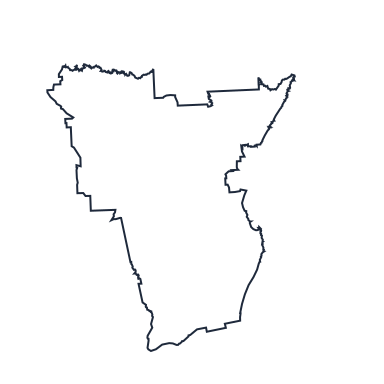 Moyne, Victoria, Australia (orthographic projection), rotated 259°
{"feature_id": "25037944B46844675944162", "entity_name": "Moyne", "entity_type": "district", "adm_level": 2, "iso_a3": "AUS", "parent_name": "Australia", "parent_adm1": "Victoria", "projection": "orthographic", "projection_center": [142.577, -38.188], "detail": "fine", "context": "isolated", "style": "outline", "palette": "slate", "viewbox_px": 384, "rotation_deg": 259, "n_neighbors": 0, "source": "geoboundaries", "source_scale": "gbopen_adm2", "svg_char_len": 6053}
<svg xmlns="http://www.w3.org/2000/svg" viewBox="0 0 384 384"><g transform="rotate(259 192 192)"><path d="M227.4,81.6L222.9,81.6L221.0,80.6L212.7,79.3L211.7,85.1L208.4,86.7L207.6,91.4L192.9,89.1L189.1,113.4L186.7,112.5L185.1,110.8L183.1,110.7L179.7,107.5L180.3,110.0L179.9,111.9L180.4,117.2L180.8,117.4L134.9,118.2L134.9,119.0L132.8,118.7L132.4,119.1L130.2,119.6L129.1,119.0L126.7,120.1L126.8,121.2L125.9,121.7L124.2,121.4L123.0,119.9L122.9,121.1L121.3,121.8L121.3,123.3L120.4,123.7L119.9,123.0L119.1,123.3L118.1,122.7L117.0,122.8L117.2,124.0L116.5,124.7L111.7,124.8L112.1,122.0L93.0,122.4L90.0,125.3L88.2,124.7L87.6,124.9L87.2,125.7L85.0,125.6L84.4,126.9L83.2,127.5L83.3,128.1L82.6,129.2L81.9,128.9L81.7,129.3L79.3,129.7L78.0,129.2L76.7,129.8L70.2,126.6L66.4,127.1L59.3,121.0L57.4,120.4L56.4,120.7L56.2,121.3L54.3,121.0L47.5,118.6L45.9,119.1L43.8,121.3L44.5,126.6L47.9,133.6L48.0,140.8L47.0,144.3L44.8,147.7L44.6,149.2L45.6,150.4L45.5,151.1L46.8,153.3L47.5,153.8L47.3,155.1L50.9,161.0L51.9,161.2L52.0,163.0L56.2,170.7L56.2,179.9L52.0,179.9L52.1,188.6L52.2,199.3L56.4,199.1L56.5,214.7L60.0,215.3L63.5,216.5L64.3,216.6L64.3,216.3L72.7,219.8L81.5,224.4L89.8,229.8L96.7,236.1L103.4,241.1L109.0,243.9L110.8,245.2L110.7,245.6L112.4,245.6L114.9,247.5L115.5,247.3L116.2,248.1L117.7,248.2L119.3,249.9L119.9,251.4L120.2,250.8L121.6,251.5L121.9,251.0L123.8,251.5L126.2,250.9L127.5,251.5L127.9,251.4L127.8,251.0L129.2,251.5L129.7,252.3L130.0,251.8L131.7,252.4L133.7,251.6L135.9,252.3L136.6,251.5L137.8,251.9L138.3,251.3L139.9,251.6L140.1,252.2L140.9,252.5L142.1,251.5L141.7,252.2L142.5,252.7L144.8,251.2L143.7,250.9L143.9,250.3L142.9,250.7L142.3,250.3L142.1,248.6L142.3,247.4L143.9,245.1L146.3,243.4L150.5,242.8L151.4,243.1L151.8,244.0L151.9,243.4L153.7,242.0L155.0,242.1L157.2,241.0L158.9,242.0L161.4,241.2L162.9,241.6L163.5,240.1L167.3,239.2L171.6,239.0L178.9,242.8L183.0,245.6L185.2,240.1L183.7,239.3L183.8,234.1L184.5,228.7L189.4,229.2L192.4,228.4L192.7,226.3L199.0,227.2L198.9,228.3L201.5,228.6L203.0,228.2L205.3,231.9L204.8,235.8L205.9,235.1L205.0,241.6L206.0,240.9L207.8,240.7L213.6,241.9L213.0,245.5L217.3,246.1L216.7,250.3L222.2,248.8L227.1,249.1L225.7,249.9L228.3,250.3L228.1,253.2L227.4,253.1L228.2,256.0L226.1,255.7L225.7,258.5L225.1,258.5L224.6,262.3L225.6,262.5L225.6,263.7L224.7,264.3L226.1,264.5L225.6,268.2L227.0,269.0L227.2,269.8L228.3,270.3L228.6,270.9L229.5,271.1L233.7,274.3L237.9,278.0L239.0,279.6L239.6,280.0L240.2,279.6L240.4,280.4L241.0,280.0L240.7,281.0L241.3,280.7L241.2,281.2L241.6,280.8L242.7,281.3L243.3,282.4L244.1,282.8L244.2,283.8L245.4,283.6L245.2,284.5L246.5,285.5L246.3,286.4L247.7,286.2L251.0,288.8L257.0,294.6L257.6,295.6L258.6,296.1L259.3,297.2L260.1,297.2L262.9,299.5L263.6,300.7L264.3,300.5L264.1,301.1L265.5,301.8L266.3,302.9L266.9,302.9L267.1,303.6L268.2,303.1L268.1,303.9L269.2,304.4L269.7,304.4L270.0,303.7L270.8,303.6L272.6,305.2L272.7,306.0L273.4,305.1L274.3,305.1L274.6,306.1L275.5,306.4L274.8,307.5L275.5,308.2L278.1,308.3L279.9,309.8L281.0,309.7L281.2,310.4L282.5,311.6L282.1,312.1L282.4,312.4L282.1,312.5L282.4,313.0L282.2,313.5L282.8,313.2L282.8,313.6L283.9,313.7L284.6,313.0L285.4,313.4L285.7,314.9L286.9,314.8L288.3,312.2L286.7,311.0L286.5,309.8L285.2,306.9L285.0,305.8L285.4,305.1L284.7,304.1L285.0,302.6L284.3,301.5L282.8,300.9L281.2,299.5L281.3,297.7L279.9,297.4L276.5,293.9L277.3,293.1L277.1,291.3L277.7,290.2L276.9,288.4L278.3,288.1L278.9,286.5L281.7,286.2L281.3,284.7L282.4,284.0L282.4,282.9L284.0,282.7L284.5,280.8L285.9,281.3L286.6,280.5L287.2,281.2L288.4,280.4L289.4,280.5L289.6,279.6L291.8,279.0L284.8,277.9L284.7,278.6L283.9,277.9L279.9,277.2L287.5,226.4L285.4,226.7L285.1,227.4L284.6,227.2L283.6,227.9L283.2,227.3L282.3,228.0L282.0,227.6L282.5,226.3L280.1,226.3L278.2,228.4L277.8,228.5L277.1,227.0L276.6,228.0L275.4,228.8L274.2,227.7L273.3,228.3L272.7,226.6L272.6,224.1L275.1,223.7L279.5,194.5L282.8,194.9L288.4,193.6L290.1,193.9L291.3,189.3L291.6,185.3L290.8,182.5L290.0,181.7L291.3,173.2L315.5,176.8L319.3,177.4L319.6,177.0L318.4,176.0L318.2,175.0L317.6,175.0L317.8,174.1L316.5,172.7L316.6,170.9L315.8,169.8L316.2,169.2L315.9,168.1L316.4,167.0L315.6,165.0L314.6,164.8L314.4,163.6L313.6,163.0L314.2,161.7L313.5,160.6L315.2,158.1L316.8,157.8L318.3,156.7L318.7,155.8L320.3,155.4L321.3,154.3L321.4,153.8L318.7,152.7L318.3,152.0L318.4,150.7L320.5,149.9L319.9,148.9L320.4,149.0L321.4,147.7L322.7,148.2L323.2,147.9L323.5,147.2L322.5,147.2L323.0,146.9L322.8,146.7L323.1,145.9L322.4,145.9L322.3,144.8L323.2,144.9L322.6,144.1L323.1,144.1L323.6,143.0L322.5,141.4L323.2,141.0L324.2,141.7L324.6,141.1L325.6,141.1L325.9,140.7L325.6,140.1L326.9,138.8L326.3,138.4L327.0,137.4L326.2,137.0L325.4,137.4L325.4,136.9L324.1,136.4L323.8,134.9L324.3,134.1L324.9,134.4L325.0,133.5L325.2,134.2L325.5,133.4L326.7,133.1L326.4,132.3L325.4,131.9L326.2,130.3L327.5,129.7L327.8,129.0L327.3,128.7L327.3,126.8L328.2,126.4L328.3,125.6L329.3,126.5L331.4,125.9L331.5,124.9L332.5,124.8L333.1,124.2L332.8,123.1L334.5,122.1L333.6,120.6L333.6,119.7L332.8,119.3L333.3,117.9L332.5,116.8L333.3,116.2L334.5,116.4L335.6,115.5L334.7,114.8L335.5,114.4L336.0,113.6L335.9,112.9L337.2,111.9L338.0,110.4L337.4,110.0L337.1,110.2L336.7,109.4L334.9,110.5L334.7,109.9L334.4,110.1L334.2,109.4L334.5,109.0L333.8,107.8L332.1,107.1L332.8,106.5L333.9,106.5L333.3,105.5L332.8,105.5L333.0,104.9L332.5,104.3L334.5,103.9L336.0,102.3L338.8,103.4L337.6,102.5L337.4,101.7L336.8,102.4L336.0,101.5L335.5,102.3L334.2,102.1L334.0,101.4L334.7,100.4L333.8,97.8L334.6,97.2L334.9,95.6L336.1,95.5L337.7,94.1L338.4,94.0L338.2,93.4L338.5,92.9L338.5,91.9L340.2,91.9L339.1,90.8L339.2,90.3L339.9,90.4L339.9,89.0L337.2,87.8L333.1,83.8L330.3,83.3L329.9,86.4L326.7,86.0L325.9,83.8L322.8,83.4L323.8,77.0L321.3,75.9L318.7,75.3L319.5,69.4L317.3,69.1L312.2,71.2L307.0,75.3L304.4,76.0L301.5,79.5L300.6,79.9L299.5,79.3L298.8,79.4L298.0,81.1L293.2,83.9L287.8,89.7L286.9,88.2L287.9,81.5L283.7,80.9L283.6,81.9L279.3,81.3L278.7,85.4L259.9,82.6L258.1,84.6L247.0,89.0L238.5,87.6L240.4,83.7L238.0,83.3L237.6,83.9L235.6,82.8L227.4,81.6Z" fill="none" stroke="#1e293b" stroke-width="2"/></g></svg>